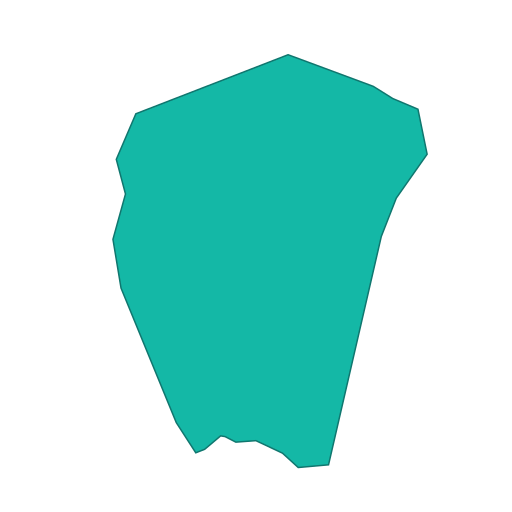 Kidricevo, orthographic projection, rotated 279°
{"feature_id": "SVN-956", "entity_name": "Kidricevo", "entity_type": "Municipality", "adm_level": 1, "iso_a3": "SVN", "parent_name": "Slovenia", "parent_adm1": "", "projection": "orthographic", "projection_center": [15.739, 46.395], "detail": "fine", "context": "isolated", "style": "filled", "palette": "teal", "viewbox_px": 512, "rotation_deg": 279, "n_neighbors": 0, "source": "natural_earth", "source_scale": "10m", "svg_char_len": 436}
<svg xmlns="http://www.w3.org/2000/svg" viewBox="0 0 512 512"><g transform="rotate(279 256 256)"><path d="M79.0,203.3L203.2,127.7L250.1,112.1L296.8,117.4L329.6,102.9L377.7,115.1L459.8,256.2L441.9,345.3L432.9,366.5L426.3,393.0L383.3,409.1L335.1,385.5L294.9,376.7L61.1,360.3L53.7,330.8L65.4,313.0L73.6,284.8L69.0,265.2L72.8,253.7L72.8,249.2L57.1,235.6L52.2,227.3L79.0,203.3Z" fill="#14b8a6" stroke="#0f766e" stroke-width="1.5"/></g></svg>